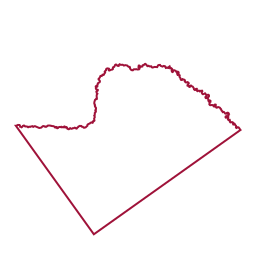 Anelo, Neuquén, Argentina, rotated 144°
{"feature_id": "61730980B32081384015227", "entity_name": "Anelo", "entity_type": "district", "adm_level": 2, "iso_a3": "ARG", "parent_name": "Argentina", "parent_adm1": "Neuquén", "projection": "natural_earth1", "projection_center": [-69.333, -38.186], "detail": "fine", "context": "isolated", "style": "outline", "palette": "rose", "viewbox_px": 256, "rotation_deg": 144, "n_neighbors": 0, "source": "geoboundaries", "source_scale": "gbopen_adm2", "svg_char_len": 5780}
<svg xmlns="http://www.w3.org/2000/svg" viewBox="0 0 256 256"><g transform="rotate(144 128 128)"><path d="M218.1,62.1L38.2,60.3L38.3,60.8L38.1,61.8L38.2,63.5L38.7,64.1L40.2,64.2L40.4,64.6L40.3,65.1L39.6,65.6L39.3,66.4L39.5,67.0L39.3,68.3L39.3,68.9L39.6,69.1L40.2,68.7L40.5,68.7L40.8,69.0L40.6,69.7L39.8,70.4L39.9,70.9L40.3,71.6L40.8,71.9L41.5,72.0L41.9,72.5L41.9,73.2L41.1,74.2L40.9,74.8L41.2,75.0L41.7,75.0L42.0,75.2L42.1,75.6L41.9,76.1L42.0,76.4L41.4,77.0L40.9,77.2L40.9,77.5L41.4,78.5L42.7,78.7L42.8,79.3L42.3,79.9L41.8,79.9L41.2,79.7L40.8,79.1L39.7,78.7L39.4,78.9L39.1,79.9L38.8,80.2L38.1,80.0L37.9,80.7L38.1,81.5L38.5,81.9L39.3,82.1L40.0,81.8L40.6,82.2L40.9,82.7L40.9,84.3L41.2,84.9L42.0,85.1L42.0,86.0L41.9,86.5L42.1,87.2L41.6,88.5L41.9,89.3L41.7,90.0L41.9,90.8L42.8,92.0L44.2,92.2L44.5,92.5L44.6,92.8L44.5,93.5L44.2,94.2L43.3,95.2L43.3,95.4L43.9,95.9L44.3,95.9L44.9,95.4L45.1,94.8L45.7,94.7L46.0,95.2L45.7,96.1L45.9,96.6L46.6,97.3L47.8,97.9L48.2,98.3L48.3,98.7L48.2,99.5L47.4,100.0L47.3,100.5L47.2,100.7L46.5,100.8L45.9,100.7L45.3,101.5L45.4,101.9L45.8,102.2L46.7,102.2L47.0,102.4L47.0,102.7L46.9,103.0L46.2,103.6L46.2,105.4L46.3,105.7L47.4,106.3L47.5,106.5L47.4,107.2L46.9,107.7L46.3,107.7L46.1,107.4L46.1,106.9L45.7,106.1L45.0,105.7L43.9,106.0L43.3,106.8L43.3,107.1L43.4,107.6L45.1,108.6L45.3,109.3L45.2,110.5L45.3,110.8L47.0,111.0L47.6,111.4L47.8,112.2L47.5,113.4L47.2,113.6L46.2,114.1L46.1,114.6L47.4,115.4L47.9,115.6L48.4,115.5L48.6,116.5L48.9,116.7L50.2,117.0L50.3,117.6L50.2,118.2L49.8,118.8L49.3,119.0L49.3,119.3L50.1,119.7L51.4,119.3L51.6,119.4L51.9,120.5L51.4,121.5L51.3,123.4L51.8,124.2L52.1,125.4L52.8,125.5L53.7,124.9L54.2,125.1L54.3,125.5L53.8,126.2L55.0,127.2L54.9,127.5L54.2,128.0L52.6,128.4L52.4,129.0L52.8,130.1L53.2,130.3L54.2,130.6L54.5,131.0L54.7,132.1L54.6,132.5L54.2,132.6L53.9,133.3L54.2,134.2L55.0,134.9L55.0,135.3L55.2,135.6L55.7,135.6L56.1,135.2L56.5,135.4L56.8,135.7L56.7,136.8L56.3,137.6L56.2,138.5L56.3,138.9L56.0,139.6L55.2,140.2L55.3,140.6L55.7,141.2L56.6,141.7L56.4,142.2L56.4,143.0L56.2,143.2L55.6,143.2L54.8,142.6L54.5,142.9L54.3,143.6L54.4,144.0L54.8,144.5L55.9,145.0L55.8,146.2L56.8,147.7L57.7,147.7L58.8,147.0L59.2,147.1L59.3,147.3L59.3,148.0L58.7,149.2L58.2,149.7L57.7,149.6L57.6,149.8L57.8,151.0L58.8,151.6L58.4,152.3L58.1,153.4L58.9,153.4L59.8,152.8L60.1,152.8L60.3,152.9L60.8,154.0L61.6,154.1L62.1,154.3L62.0,155.0L61.7,155.8L61.9,156.5L62.4,156.7L62.8,157.3L64.0,157.4L65.0,159.0L65.1,159.6L65.0,160.2L65.6,160.6L66.2,160.9L66.9,161.0L68.6,160.1L70.6,161.8L72.5,162.4L73.1,163.2L72.9,164.2L74.4,165.2L74.7,166.2L75.2,166.4L75.7,166.4L75.9,166.6L76.1,167.7L75.9,168.3L75.9,168.5L76.4,169.8L77.0,169.9L77.6,169.6L79.2,170.1L80.2,169.3L80.5,169.4L81.1,170.0L81.5,169.9L82.3,170.0L82.5,170.2L82.5,170.5L82.0,171.5L82.1,171.8L82.3,172.1L82.6,172.2L83.1,171.8L83.9,170.8L83.5,169.8L83.7,169.6L83.8,169.2L84.1,169.1L84.7,169.0L86.0,169.8L86.8,170.8L87.7,171.2L88.6,172.0L89.2,172.1L90.0,171.8L90.3,171.9L90.6,172.4L91.2,172.8L91.4,174.1L91.3,174.9L91.2,175.4L90.8,175.8L90.7,176.2L90.7,176.5L91.3,176.8L91.5,177.2L91.8,177.9L91.8,178.7L91.9,179.0L93.3,180.5L94.6,180.9L95.1,182.3L96.7,183.3L97.3,184.5L98.2,184.4L99.0,183.7L99.4,183.9L100.0,184.6L100.1,186.0L100.5,186.5L101.3,186.6L103.1,185.6L103.6,185.6L104.0,185.9L104.3,185.9L104.9,185.6L105.5,184.6L106.3,184.5L107.5,185.1L108.4,185.2L109.4,185.5L109.6,185.8L109.6,186.2L108.6,187.2L109.4,188.2L110.4,188.6L111.2,188.4L111.9,187.6L113.1,187.5L113.8,187.2L113.8,186.4L114.0,186.2L115.0,186.0L116.1,185.3L116.6,185.3L116.8,185.8L117.3,186.1L118.7,185.5L118.9,185.7L119.2,186.1L119.7,186.3L120.6,185.7L121.8,185.2L123.0,185.0L123.3,184.5L123.1,183.8L123.1,182.7L123.5,182.0L124.1,181.7L125.7,181.9L126.3,181.8L126.9,181.0L128.0,180.7L128.1,179.9L128.4,179.6L128.7,179.6L129.0,180.5L129.5,180.7L129.8,180.5L130.1,179.6L130.6,179.2L130.9,178.5L130.8,177.8L130.0,176.7L130.3,176.2L130.7,176.0L132.1,176.1L132.7,174.9L132.6,173.7L133.5,173.4L134.2,172.8L135.1,171.5L135.5,170.9L135.5,170.6L136.1,169.8L136.4,169.8L137.1,170.3L137.6,170.1L138.2,170.1L139.9,168.8L140.8,167.8L140.9,167.4L141.0,166.5L141.4,166.3L141.6,165.2L142.1,164.8L142.1,164.1L142.0,163.4L142.4,162.6L142.9,162.3L143.0,162.0L143.4,161.9L143.5,161.4L144.2,161.3L144.4,160.9L144.3,160.5L144.4,160.1L145.5,159.7L146.0,159.7L147.4,157.9L147.7,157.7L148.0,157.8L148.3,156.9L148.4,156.4L149.9,155.5L150.8,153.7L151.5,153.6L151.9,154.0L152.7,153.9L153.1,153.2L153.6,153.0L153.9,153.3L154.2,153.9L155.2,154.3L156.3,154.1L157.7,154.5L158.8,154.5L159.5,153.7L162.0,153.4L162.7,153.8L163.4,154.0L163.4,154.4L163.8,154.9L163.9,155.6L164.6,156.2L164.6,157.0L164.9,157.1L165.6,158.0L167.3,158.3L167.8,158.0L168.5,158.1L169.9,157.7L170.3,158.1L170.4,158.9L170.9,159.6L172.0,159.7L172.7,160.3L173.9,160.4L174.5,160.9L174.9,161.9L175.3,161.9L176.3,161.7L176.9,162.0L177.2,162.5L177.3,163.1L177.5,163.3L177.4,163.7L177.1,164.0L177.2,164.9L177.6,165.2L178.1,165.1L178.5,165.3L178.4,166.5L178.7,166.7L179.5,166.7L179.8,166.5L180.2,166.7L180.5,167.3L181.4,167.7L181.4,168.3L182.2,168.5L182.9,169.2L183.6,169.3L184.4,169.7L184.7,169.2L185.4,169.4L185.6,170.0L185.3,170.9L185.5,171.1L185.9,171.2L186.5,171.1L186.8,171.5L186.5,172.0L187.3,173.4L188.2,174.1L188.6,174.7L188.9,174.8L189.6,175.8L191.2,177.0L191.7,177.1L192.2,176.9L192.6,177.1L193.7,177.1L193.8,177.6L194.7,178.2L194.9,179.0L195.7,179.5L196.6,179.5L197.7,179.3L198.2,179.4L199.8,180.2L202.2,184.2L202.9,184.5L204.0,184.6L204.2,184.9L204.2,185.6L204.4,185.7L205.7,186.3L206.5,186.4L207.1,187.1L208.4,187.3L208.5,187.5L208.4,188.0L209.2,188.9L210.3,189.7L210.5,190.3L210.4,190.6L210.7,191.2L211.9,191.5L212.8,191.1L213.7,191.1L214.0,191.9L214.5,192.4L214.0,193.5L214.0,194.2L215.3,195.2L217.1,195.5L217.4,195.7L218.1,62.1Z" fill="none" stroke="#9f1239" stroke-width="2"/></g></svg>